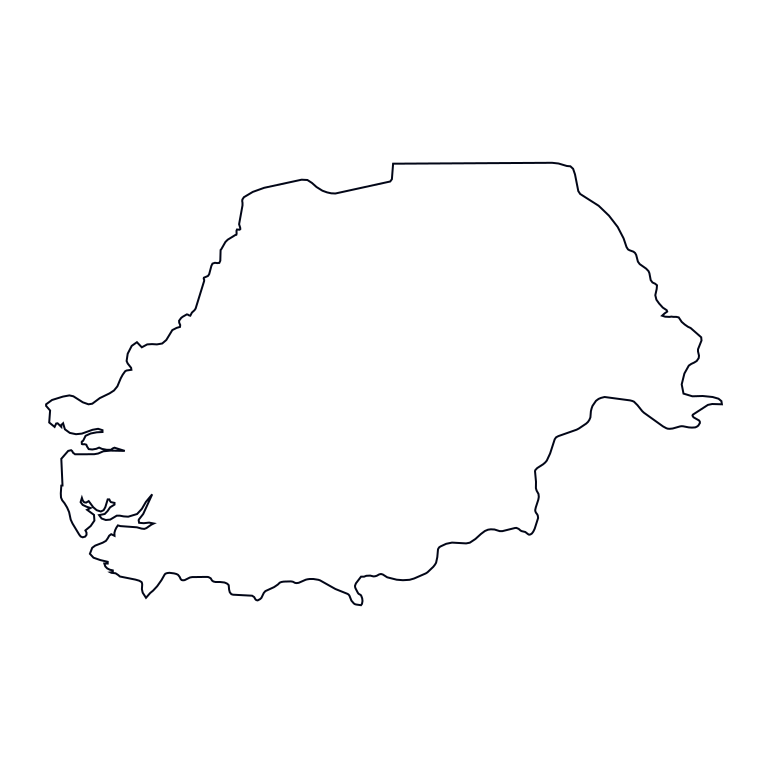 Northern, Mercator projection
{"feature_id": "SLE-762", "entity_name": "Northern", "entity_type": "Province", "adm_level": 1, "iso_a3": "SLE", "parent_name": "Sierra Leone", "parent_adm1": "", "projection": "mercator", "projection_center": [-12.175, 9.121], "detail": "fine", "context": "isolated", "style": "outline", "palette": "ink", "viewbox_px": 768, "rotation_deg": 0, "n_neighbors": 0, "source": "natural_earth", "source_scale": "10m", "svg_char_len": 6041}
<svg xmlns="http://www.w3.org/2000/svg" viewBox="0 0 768 768"><path d="M552.1,162.8L558.5,163.5L566.9,166.0L570.4,166.3L573.1,168.8L575.0,174.4L578.3,191.1L580.2,194.0L598.7,205.8L609.0,215.7L617.7,227.0L623.6,238.4L626.5,247.0L628.0,249.4L629.4,250.2L633.5,251.7L635.1,253.0L636.2,255.0L637.9,261.6L639.7,264.1L646.1,268.6L648.5,271.1L649.4,273.2L650.7,280.1L652.5,282.5L655.1,283.7L657.0,285.3L656.7,288.9L655.3,295.2L656.4,299.7L659.1,303.5L662.8,307.6L666.7,310.2L667.2,311.6L664.5,313.5L662.1,315.7L665.2,316.7L669.7,316.9L671.3,316.6L673.7,316.9L676.4,316.9L678.7,317.4L681.7,321.9L684.7,324.5L688.0,326.8L690.6,328.0L701.2,337.3L701.5,340.5L698.0,349.3L698.0,351.4L699.0,355.7L698.7,358.1L696.7,361.0L694.1,362.6L691.3,363.9L688.8,365.6L684.4,373.5L681.7,384.4L683.5,393.6L692.4,396.3L702.7,396.0L712.6,397.0L718.5,398.7L721.4,401.1L721.9,404.3L712.2,404.0L707.9,404.9L692.8,414.7L692.5,415.7L693.5,417.3L699.1,420.5L699.8,421.6L699.9,423.0L698.3,425.6L696.8,426.7L695.2,427.4L691.9,427.6L688.8,427.4L683.2,426.3L681.7,426.2L680.1,426.4L672.7,428.5L669.8,428.8L667.8,428.7L666.3,428.2L663.0,426.4L643.9,412.7L642.1,411.0L637.5,405.2L634.0,401.7L632.4,401.0L630.1,400.4L604.6,397.0L601.0,397.9L598.6,398.9L596.0,400.8L592.5,405.9L591.6,408.4L590.9,411.2L590.4,417.4L589.4,419.8L588.0,421.9L586.2,423.6L578.9,428.5L576.6,429.7L558.4,436.1L556.1,437.3L554.7,439.3L550.1,453.5L546.8,460.6L545.2,462.5L543.1,464.3L537.3,468.0L535.4,470.0L535.0,471.1L536.0,481.8L535.9,488.1L536.6,490.6L538.5,494.0L538.8,496.9L538.3,499.7L535.8,507.4L535.2,510.1L535.4,511.4L535.9,512.6L537.3,514.5L537.8,515.7L538.1,518.0L534.7,528.7L533.3,531.6L531.9,533.5L530.5,534.4L529.1,534.7L528.1,534.2L525.3,532.0L521.6,531.1L520.5,530.5L518.7,528.9L516.4,527.9L515.0,528.0L502.5,531.1L499.6,531.1L494.5,529.5L490.8,529.3L488.0,529.7L484.9,531.0L480.9,534.0L475.4,539.0L469.8,542.7L466.1,543.4L452.0,542.6L446.2,543.8L440.8,546.3L439.3,547.2L438.6,548.2L438.0,549.3L437.3,557.1L436.1,562.7L435.0,564.6L433.3,566.8L427.5,572.3L425.8,573.4L414.1,578.5L409.6,579.8L402.9,580.2L396.7,579.7L387.2,577.3L382.8,574.5L381.0,574.0L379.2,574.4L376.7,575.8L374.9,576.3L373.4,576.4L370.2,575.6L366.3,575.8L364.0,576.7L361.0,576.7L355.9,583.4L355.0,585.8L355.1,587.0L355.5,588.3L357.9,592.9L358.6,593.8L360.7,595.0L361.3,595.9L362.2,598.4L362.5,601.0L362.0,603.8L361.0,605.2L356.1,604.5L354.8,604.1L353.8,603.4L351.4,600.6L349.4,595.6L348.6,594.6L347.6,593.9L335.4,589.0L320.1,580.4L318.4,579.8L313.4,579.0L309.7,579.0L307.5,579.3L305.8,579.7L298.7,582.8L296.6,583.1L295.1,582.9L292.8,581.7L290.9,581.4L283.8,581.6L281.4,582.0L279.7,582.7L277.9,584.5L274.1,587.1L265.4,591.1L263.8,592.9L261.4,597.9L260.1,599.1L257.7,600.4L256.3,600.1L255.4,599.3L254.2,597.1L252.1,595.7L233.1,594.7L231.4,594.2L229.8,592.3L229.1,589.6L228.7,585.2L227.9,584.3L226.9,583.5L224.5,582.5L220.1,582.0L215.5,582.0L213.4,581.5L212.0,580.5L210.7,578.3L208.5,577.1L207.0,576.9L192.1,577.1L189.9,577.5L184.7,580.1L183.0,580.3L181.6,580.0L180.7,579.1L179.6,576.8L178.0,574.8L176.4,574.0L174.1,573.4L169.4,572.8L167.1,573.1L165.4,573.7L164.6,574.6L161.5,580.1L157.2,586.2L153.1,590.6L150.2,593.0L146.0,597.8L142.7,592.7L141.9,589.2L142.2,584.6L142.0,583.1L141.5,582.0L139.2,580.7L135.4,579.6L119.9,576.5L118.3,575.1L115.6,573.3L111.4,572.8L110.6,572.4L112.8,572.1L112.8,570.4L109.8,569.7L107.2,568.4L105.3,566.4L104.3,563.5L107.7,563.5L107.7,561.8L100.4,560.1L93.5,557.7L89.9,553.8L92.2,547.8L95.2,545.6L102.7,542.7L105.9,540.9L107.7,538.4L109.2,535.7L111.2,534.2L114.5,535.8L114.4,532.9L115.2,530.1L116.4,527.6L117.9,525.4L120.4,526.1L136.9,527.3L141.6,528.6L144.3,528.9L146.4,528.1L151.4,524.6L153.7,523.5L149.1,522.6L143.8,523.2L139.1,522.8L138.6,519.9L138.4,520.1L143.2,514.0L152.2,494.3L145.9,501.9L141.9,508.8L137.1,514.0L128.2,516.7L123.7,516.4L120.0,515.7L116.7,515.7L110.2,519.6L105.8,520.0L101.6,518.5L99.1,515.1L104.7,514.0L107.6,511.0L110.1,507.3L114.5,504.6L114.5,502.9L110.9,502.1L110.1,501.1L109.3,499.4L107.7,499.4L105.3,507.2L103.6,510.2L100.8,511.5L96.7,510.2L93.2,507.2L88.7,501.1L86.1,502.6L84.2,502.3L82.8,500.6L81.9,497.9L80.6,502.1L82.7,504.9L86.5,506.7L90.5,508.0L87.1,509.8L94.0,514.9L94.4,520.6L90.7,526.0L85.4,530.4L86.5,532.6L86.5,534.8L85.2,536.6L82.7,537.3L80.7,536.5L79.2,534.6L72.5,523.5L70.7,519.6L69.1,512.1L67.1,507.5L64.5,503.2L62.2,500.3L61.0,497.5L60.8,493.4L61.3,485.6L62.5,485.5L61.3,458.8L68.2,450.9L71.1,450.2L72.2,451.1L73.0,452.7L75.1,454.3L94.2,454.2L98.2,453.5L103.3,451.3L110.5,450.6L124.8,450.9L114.5,447.7L112.8,448.4L110.9,449.8L106.7,449.8L102.0,448.9L99.1,447.6L96.3,448.8L92.3,449.5L88.7,449.1L87.1,446.6L86.3,444.7L84.6,444.2L82.8,444.3L81.9,444.0L81.7,442.0L82.3,441.2L83.1,440.8L85.6,435.8L90.6,433.5L96.8,432.3L102.5,432.0L102.5,430.2L98.1,428.8L92.5,429.8L81.9,433.6L76.0,434.2L69.8,432.9L64.9,429.3L63.1,423.3L62.1,424.4L61.6,424.5L61.3,424.9L61.3,426.9L57.6,423.3L56.2,423.5L54.6,426.9L49.2,422.5L50.1,410.5L46.1,405.9L46.1,404.3L52.0,400.0L62.9,396.6L69.4,395.4L73.4,396.3L82.8,402.3L88.5,404.3L92.3,403.7L99.8,398.1L109.5,393.4L114.0,390.5L117.4,386.3L120.7,378.4L122.7,374.7L125.2,371.2L126.6,370.5L131.4,369.8L131.1,367.8L127.7,363.5L126.6,361.0L127.7,353.7L131.7,345.9L136.9,342.2L141.8,347.3L147.2,344.4L152.1,344.1L156.9,344.4L162.2,343.5L166.3,340.0L172.3,330.1L176.6,327.9L180.0,326.9L180.2,325.0L179.2,322.7L179.1,320.7L181.1,318.0L182.6,316.8L186.8,314.4L187.8,314.6L189.1,315.4L190.3,315.7L191.9,312.6L194.5,310.2L195.6,308.6L204.1,281.1L204.2,279.9L203.7,278.7L203.9,277.7L207.2,276.3L208.0,275.9L208.5,275.2L209.2,274.1L211.4,265.8L212.5,263.6L214.9,262.8L217.3,263.1L219.3,262.9L220.3,260.7L220.6,250.0L221.3,249.2L225.4,242.0L227.7,239.7L235.5,234.9L236.3,234.8L236.6,233.8L236.5,230.7L237.0,229.5L239.6,229.7L240.3,229.1L240.2,227.8L239.1,224.2L242.5,205.4L242.5,202.8L242.2,201.0L242.4,199.5L243.9,197.2L252.8,191.9L264.2,187.8L301.6,179.7L307.4,180.0L311.9,182.9L316.5,187.0L322.4,190.7L327.1,192.4L331.2,193.3L335.4,193.5L390.2,181.5L391.9,179.2L393.1,163.7L552.1,162.8Z" fill="none" stroke="#020617" stroke-width="2"/></svg>